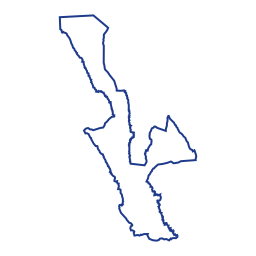 outline of Kitui Rural, Eastern, Kenya
{"feature_id": "3690345B8782427737819", "entity_name": "Kitui Rural", "entity_type": "district", "adm_level": 2, "iso_a3": "KEN", "parent_name": "Kenya", "parent_adm1": "Eastern", "projection": "robinson", "projection_center": [37.883, -1.488], "detail": "fine", "context": "isolated", "style": "outline", "palette": "blue", "viewbox_px": 256, "rotation_deg": 0, "n_neighbors": 0, "source": "geoboundaries", "source_scale": "gbopen_adm2", "svg_char_len": 5929}
<svg xmlns="http://www.w3.org/2000/svg" viewBox="0 0 256 256"><path d="M126.1,92.8L125.4,92.7L124.6,91.9L125.2,91.0L124.3,90.4L120.6,90.8L116.7,90.6L116.7,88.8L114.2,80.8L109.5,74.9L107.9,72.4L105.1,69.5L104.8,68.7L104.4,65.6L103.7,62.7L103.8,45.6L103.1,43.8L103.2,42.1L103.6,40.7L103.4,39.2L103.9,37.5L103.8,35.0L104.1,34.2L105.9,32.0L107.5,29.5L108.1,27.8L107.8,27.5L93.4,15.4L59.8,17.2L60.3,29.3L61.3,29.8L61.8,31.0L61.8,32.0L62.3,32.6L63.5,32.0L63.9,32.5L65.9,33.1L67.1,34.4L67.2,35.3L69.2,37.8L70.2,39.8L71.5,43.8L72.4,45.3L73.0,47.7L74.2,48.5L74.7,50.4L75.8,51.3L76.4,52.8L77.0,53.0L76.8,53.6L77.3,54.5L79.2,56.5L79.4,57.2L79.9,57.7L81.4,57.9L82.2,59.1L82.6,59.9L82.3,60.9L83.0,61.4L82.6,61.8L83.6,62.0L83.8,64.4L84.7,66.6L84.5,67.3L84.9,68.0L85.5,68.0L85.8,68.3L85.8,69.0L87.0,71.1L87.3,72.9L88.5,73.4L88.5,75.7L89.4,75.9L89.4,76.8L89.9,77.5L90.5,79.4L91.3,79.8L91.0,80.7L91.4,81.5L91.1,82.2L91.6,82.5L93.1,86.0L93.2,87.4L94.5,87.7L94.9,89.2L96.0,89.8L96.4,90.8L96.1,91.6L97.3,91.9L98.0,91.7L98.4,91.2L98.8,91.8L99.8,91.2L101.2,91.2L101.3,91.9L101.9,91.8L103.1,92.8L103.7,92.7L105.0,95.9L105.7,95.7L106.1,96.9L107.1,96.8L107.6,98.7L107.9,98.7L108.9,100.3L109.4,101.6L109.2,102.5L109.4,102.6L110.2,102.0L110.7,102.1L110.8,104.5L111.7,108.2L111.5,108.7L112.1,109.3L112.1,110.3L112.7,111.0L112.5,111.7L112.9,113.1L112.7,114.3L113.2,114.5L113.4,115.0L114.0,115.2L113.6,115.7L114.3,116.3L114.2,116.5L111.7,116.9L109.1,119.0L106.9,121.7L105.0,123.3L104.6,125.3L103.2,127.5L100.2,128.0L93.2,130.2L91.8,129.5L89.8,129.3L88.3,128.1L87.0,128.2L85.6,128.8L84.0,130.6L85.5,133.4L86.8,133.2L88.6,134.1L90.2,137.5L91.1,138.0L91.2,139.2L93.6,143.5L95.6,146.0L97.0,146.0L97.5,146.3L97.8,148.5L98.4,149.6L99.3,150.6L99.9,152.3L101.3,153.8L102.9,154.4L102.9,155.2L103.8,156.4L103.7,157.3L105.5,160.3L105.8,162.0L106.6,162.5L106.9,163.6L107.6,164.5L107.9,166.2L108.7,166.4L109.0,167.6L109.8,168.5L110.5,170.5L109.9,172.0L111.1,172.4L110.8,173.6L111.7,173.9L112.1,174.9L113.0,175.8L114.7,176.8L115.1,178.2L114.5,179.7L114.4,181.0L115.7,181.6L117.1,181.2L117.0,182.1L117.5,183.4L118.7,183.6L118.5,184.9L118.9,186.3L118.1,189.1L120.0,189.3L120.6,189.9L120.6,192.9L121.9,194.8L122.0,196.3L122.5,197.4L122.9,199.2L122.8,200.6L123.2,201.4L122.7,202.4L122.6,203.4L122.9,204.0L122.3,204.3L122.5,204.8L122.1,205.4L121.8,205.6L120.9,204.9L119.6,205.0L119.1,206.3L119.5,207.4L119.2,208.4L121.0,212.9L126.2,218.6L126.7,219.7L129.3,222.8L130.8,223.2L132.2,224.7L132.2,225.6L130.9,226.2L130.3,228.3L131.0,230.4L132.4,230.3L134.2,231.3L134.3,231.8L133.7,233.0L134.5,235.6L137.6,235.0L139.6,235.6L140.9,234.6L141.7,235.0L143.9,234.1L147.7,234.0L147.4,234.6L147.5,235.5L149.3,238.8L152.7,240.2L155.8,240.6L157.5,240.5L159.2,239.7L159.7,238.8L160.2,238.6L162.1,238.4L164.2,239.4L166.2,239.0L169.2,240.4L170.6,238.6L171.3,239.1L171.7,238.5L173.0,238.1L176.1,238.1L177.4,236.9L177.5,235.9L177.1,235.0L175.7,235.5L175.1,234.4L174.2,234.9L173.9,234.0L173.2,233.5L173.5,231.5L172.4,231.7L172.2,231.4L172.5,230.6L171.6,230.9L171.2,229.9L170.8,230.1L171.0,230.7L170.3,230.8L169.8,230.0L170.4,228.1L168.9,228.4L168.3,226.9L168.5,225.7L168.0,225.8L167.0,224.6L166.5,223.0L166.2,223.0L165.9,224.4L165.0,224.7L165.4,223.5L163.8,223.4L163.8,222.5L163.1,221.0L163.5,220.1L163.1,219.6L162.4,219.5L162.9,218.0L162.9,217.2L162.3,217.3L162.2,217.0L162.6,216.2L161.9,215.4L161.1,213.2L161.4,212.8L160.3,212.5L159.6,211.8L160.0,211.3L160.2,210.4L159.7,210.1L159.2,208.1L158.8,207.8L159.0,206.9L158.5,206.5L159.7,205.1L159.8,204.6L159.2,203.9L158.6,203.8L158.6,202.9L157.6,202.5L158.1,201.4L157.5,201.2L157.3,200.8L157.5,200.5L159.5,200.6L160.4,199.6L160.9,197.5L160.3,195.8L159.8,195.5L160.1,194.5L158.2,195.3L157.8,195.3L157.5,194.5L156.7,194.4L155.9,195.0L154.3,195.3L154.4,194.2L155.2,193.3L154.9,192.8L155.0,191.9L154.3,191.2L153.3,191.7L152.5,191.4L152.4,190.1L152.0,189.4L152.5,188.2L152.1,187.2L151.3,186.5L150.5,186.8L150.5,185.3L149.7,183.9L148.5,183.4L148.5,182.4L146.5,181.6L148.1,178.2L148.5,175.8L148.9,175.0L149.6,174.6L151.1,171.7L151.8,171.3L152.1,170.1L153.3,168.5L154.0,168.4L155.4,166.8L158.1,164.5L162.4,164.0L167.5,162.8L170.6,161.6L171.4,161.7L173.4,163.2L174.4,163.2L178.4,162.5L180.9,161.2L195.7,160.1L195.6,159.0L196.2,156.9L196.1,155.4L194.6,150.7L194.4,150.3L192.9,151.4L192.1,149.9L190.5,149.2L189.6,148.1L188.7,145.7L187.9,142.5L186.6,141.1L185.3,137.8L183.7,136.5L182.1,134.2L179.6,132.4L177.7,128.9L177.5,127.9L176.4,126.9L175.9,125.3L175.0,124.9L174.1,122.8L169.9,118.7L168.4,115.2L168.4,115.9L167.4,117.9L167.6,119.3L167.4,121.5L166.9,123.3L166.9,125.5L165.8,129.3L165.8,130.9L157.6,128.0L156.5,127.5L156.2,127.0L155.1,126.5L154.3,126.6L153.6,127.6L152.2,128.1L151.4,129.3L151.1,130.5L149.8,132.9L149.6,133.9L149.8,134.7L149.4,136.0L149.9,138.8L151.2,139.5L151.6,140.4L151.2,144.3L150.3,144.9L148.7,147.4L148.0,149.0L147.7,150.5L146.4,150.1L145.9,150.3L146.0,150.8L146.4,151.2L145.3,152.3L145.5,153.2L144.9,153.8L145.8,156.3L146.0,157.1L145.7,158.1L146.4,159.9L146.6,161.9L144.6,165.3L130.6,163.7L130.2,162.7L130.4,161.9L129.8,161.3L130.2,160.2L129.7,158.7L129.7,157.5L129.3,156.9L130.1,155.7L129.6,155.1L129.6,154.3L129.0,153.5L129.5,152.6L129.1,151.4L129.3,151.0L129.4,146.8L128.9,145.9L129.5,145.0L129.0,144.3L129.4,143.9L129.2,143.0L130.2,142.5L130.0,141.3L130.3,140.6L129.9,140.1L130.7,138.7L131.1,138.5L131.3,138.9L131.6,138.2L132.2,138.0L132.3,137.4L133.1,137.6L133.9,136.9L133.5,135.9L134.0,135.1L133.5,134.6L133.4,133.2L134.0,132.8L133.9,132.5L131.3,132.2L130.6,131.7L130.8,131.2L130.5,130.4L130.8,129.7L130.0,127.8L130.4,127.2L130.2,126.5L130.9,125.7L129.9,125.4L129.9,124.7L129.4,124.5L129.5,122.8L128.9,121.4L128.9,120.8L129.5,120.2L129.1,119.7L128.8,117.9L129.5,117.1L128.8,116.2L129.5,115.4L129.3,114.3L129.6,113.4L129.3,110.8L128.9,111.0L128.7,110.5L128.8,105.6L128.6,103.9L128.1,102.7L128.3,102.2L128.2,99.9L127.1,98.2L127.5,97.6L127.0,96.4L127.0,95.5L126.3,95.3L126.1,92.8Z" fill="none" stroke="#1e3a8a" stroke-width="2"/></svg>